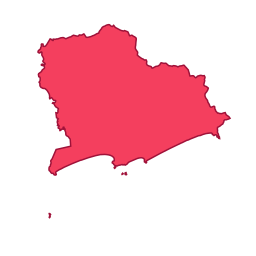 the district of Phu My, Bình Định, Vietnam, rotated 98°
{"feature_id": "81297802B75835306112543", "entity_name": "Phu My", "entity_type": "district", "adm_level": 2, "iso_a3": "VNM", "parent_name": "Vietnam", "parent_adm1": "Bình Định", "projection": "albers", "projection_center": [109.108, 14.245], "detail": "fine", "context": "isolated", "style": "filled", "palette": "rose", "viewbox_px": 256, "rotation_deg": 98, "n_neighbors": 0, "source": "geoboundaries", "source_scale": "gbopen_adm2", "svg_char_len": 5784}
<svg xmlns="http://www.w3.org/2000/svg" viewBox="0 0 256 256"><g transform="rotate(98 128 128)"><path d="M32.0,145.1L32.5,145.6L32.6,145.9L32.4,148.2L32.1,149.3L30.2,154.5L29.9,154.9L28.4,156.4L28.3,156.6L29.4,157.3L29.7,157.8L29.4,159.1L28.5,160.4L28.3,160.8L28.3,161.4L28.8,162.9L29.3,163.9L30.3,165.1L30.8,166.2L31.6,167.2L32.2,167.7L33.2,168.0L36.4,169.9L38.1,170.2L38.9,171.9L40.8,174.3L41.6,175.9L42.5,177.2L43.3,179.1L43.8,180.4L44.0,181.4L43.9,182.1L41.0,184.7L41.0,184.9L42.5,186.9L42.6,189.2L43.5,189.7L44.0,190.4L44.1,191.3L43.7,194.9L44.4,195.9L45.7,197.3L46.1,198.5L48.1,201.7L48.2,202.4L47.5,204.3L47.5,205.0L48.0,207.0L49.6,210.1L49.7,211.0L50.3,212.4L50.4,214.4L50.7,214.4L51.4,214.2L51.7,214.3L51.7,214.5L51.8,214.9L50.8,216.5L50.6,217.5L56.5,220.0L58.4,221.1L58.9,222.4L58.9,223.3L56.8,223.8L56.7,225.0L57.1,225.4L57.7,225.5L59.1,225.1L60.3,225.6L61.9,225.7L63.6,227.3L64.4,227.7L65.4,227.7L65.7,227.4L66.0,226.7L66.1,226.2L65.9,225.8L64.8,224.6L64.8,224.1L65.0,223.9L65.6,223.7L67.1,223.6L67.9,223.4L70.1,221.7L71.4,221.1L72.2,221.1L73.3,221.6L74.1,221.5L75.3,219.6L75.8,219.1L76.0,219.1L76.5,219.1L76.9,219.4L76.6,221.8L77.2,222.6L77.7,222.6L78.0,222.2L78.1,220.6L78.4,219.6L79.3,219.2L80.2,219.1L80.7,219.3L82.3,220.9L83.9,221.5L84.4,221.8L86.6,224.0L87.4,224.2L89.6,223.5L89.9,222.4L90.8,221.9L93.2,221.6L93.8,221.8L94.9,222.4L95.3,222.3L95.9,221.5L96.2,221.4L97.9,221.2L98.7,220.9L99.8,219.9L100.5,218.1L100.6,217.4L100.5,216.0L100.6,215.5L101.8,213.7L102.7,212.8L104.8,211.1L105.7,210.6L107.5,210.0L109.2,209.9L110.0,209.5L110.0,209.4L109.1,208.8L108.6,207.9L108.8,207.6L110.8,205.6L110.9,205.0L110.8,204.3L110.9,203.5L111.2,203.4L112.1,203.4L112.8,203.7L113.2,204.3L113.2,205.8L113.5,206.0L114.0,206.2L114.4,204.6L116.1,203.5L117.3,202.2L117.9,200.7L118.2,200.3L118.4,199.7L119.0,199.6L119.9,199.9L121.8,199.6L123.0,199.9L122.9,201.5L127.8,200.2L128.3,198.8L128.7,198.3L129.7,199.0L130.3,198.9L131.2,198.4L131.8,199.0L133.7,198.2L134.1,197.8L134.9,198.2L135.4,198.2L135.5,198.0L135.2,197.1L135.5,196.5L136.2,196.6L137.6,197.2L137.8,197.0L138.4,195.5L139.0,195.2L140.0,195.1L140.0,194.9L139.6,194.2L138.7,193.9L138.5,193.7L138.2,192.4L136.3,192.3L136.1,191.8L136.1,191.6L136.5,191.4L138.0,191.2L137.7,190.6L137.9,190.1L139.1,190.2L140.7,189.2L143.2,188.6L143.7,188.3L144.2,187.7L144.9,185.9L146.1,184.8L146.9,183.9L147.5,183.6L154.0,182.2L159.3,196.2L169.0,198.8L171.1,199.9L171.6,199.9L172.8,199.4L173.8,199.3L175.5,199.7L176.2,199.6L176.7,199.7L177.4,200.4L177.8,200.6L179.0,200.6L180.6,200.4L181.2,200.0L181.8,199.0L182.7,198.3L183.3,197.6L183.5,197.0L183.3,195.9L184.7,194.5L184.7,193.4L184.6,193.0L184.2,192.6L183.7,192.6L183.0,193.2L182.3,193.4L181.8,193.4L181.0,192.8L178.8,190.2L177.9,188.7L175.8,185.9L171.1,178.4L166.7,170.8L166.2,169.5L163.0,163.3L159.9,156.3L158.2,151.7L157.4,147.3L157.3,145.4L157.3,143.7L157.5,141.7L158.1,139.8L159.1,138.2L159.9,137.6L160.6,137.3L162.3,137.1L162.6,137.3L162.7,137.7L163.0,138.3L163.6,138.7L164.7,138.8L165.3,137.6L166.2,136.9L167.0,135.7L167.2,135.3L167.0,134.7L167.2,134.3L167.1,133.4L166.4,132.4L165.6,130.1L165.1,129.1L165.0,128.5L165.3,128.0L165.3,127.7L164.7,126.7L164.7,126.3L165.2,125.7L164.6,124.8L163.6,123.7L162.0,122.8L161.0,121.4L156.9,114.6L156.2,113.0L155.6,110.9L155.6,109.6L156.0,108.2L157.1,107.2L157.5,107.2L157.7,107.3L158.4,107.1L159.2,107.1L159.4,106.8L159.4,106.3L160.0,105.7L160.1,105.2L159.6,104.8L159.4,104.8L158.5,105.3L157.5,104.6L148.6,92.5L142.3,83.5L135.5,73.3L135.2,72.7L132.0,68.0L131.5,66.7L130.0,64.4L125.8,57.0L125.4,55.4L123.9,52.8L122.7,50.1L121.7,46.7L121.6,45.8L121.3,45.2L121.7,43.9L122.0,43.6L122.6,43.6L122.8,43.2L123.0,42.4L123.5,41.9L123.4,41.6L123.0,41.4L122.9,41.1L122.5,40.4L122.6,39.5L123.4,38.7L124.3,38.8L124.6,38.2L124.5,37.8L124.8,37.3L125.6,36.8L125.7,35.8L124.0,36.3L123.0,37.2L121.6,37.6L119.7,38.9L118.2,38.9L116.3,39.4L114.9,39.4L113.4,37.3L111.5,35.6L111.0,34.8L108.6,34.0L107.3,34.0L106.5,33.4L106.4,33.2L106.2,31.7L105.6,30.8L105.2,29.7L104.2,28.3L102.9,29.5L102.5,30.1L101.3,32.6L99.2,33.9L99.9,35.7L100.7,37.1L100.9,39.3L100.6,40.5L100.7,41.4L98.8,43.6L98.1,43.8L96.8,44.7L94.9,45.1L94.5,45.7L94.6,46.3L95.7,48.2L95.8,49.0L95.2,49.8L92.8,51.2L91.3,52.5L89.9,53.0L89.3,53.4L87.6,55.1L85.9,56.1L84.9,56.4L83.5,56.4L82.9,56.2L81.1,55.1L79.4,54.4L77.5,54.0L77.2,54.1L76.8,55.0L76.1,55.9L75.7,57.8L75.4,58.4L74.8,58.9L74.3,59.0L70.5,58.6L69.2,59.1L67.8,58.8L66.9,58.8L65.5,59.8L65.9,61.1L65.7,62.3L65.8,63.8L67.0,66.4L68.3,67.3L68.8,68.0L68.3,69.0L67.4,70.0L67.2,70.5L67.2,71.2L67.8,73.5L67.8,74.0L65.0,75.1L63.1,76.0L62.2,76.3L59.8,79.1L59.2,80.0L58.2,80.9L58.1,81.4L58.1,81.9L58.9,83.4L59.4,85.4L60.4,86.9L60.5,87.2L60.1,88.3L59.9,89.4L59.9,91.5L60.0,92.0L60.8,92.8L60.6,93.6L60.6,96.4L58.7,99.2L58.6,99.6L59.0,101.5L58.8,104.1L59.2,104.7L61.0,105.3L62.0,106.4L62.6,107.2L63.1,109.0L65.0,111.6L65.3,112.2L65.3,112.6L64.1,113.5L63.9,113.9L63.6,116.1L63.1,117.6L62.5,118.2L61.7,118.6L59.3,118.7L58.0,119.6L58.4,121.0L58.2,121.6L57.7,122.4L57.3,124.0L55.6,127.3L54.5,128.9L52.0,128.9L51.4,129.1L49.0,131.3L48.1,131.8L46.5,132.0L45.2,131.9L42.5,132.1L38.8,132.2L37.8,132.5L36.7,134.2L36.6,135.0L35.6,136.9L35.7,137.7L36.4,138.9L36.4,139.2L36.3,139.4L33.0,141.3L32.6,142.3L32.0,145.1ZM174.6,123.5L174.4,123.0L174.0,122.9L173.5,123.8L172.7,123.6L172.4,123.8L172.9,124.6L173.4,124.6L173.8,124.4L174.4,124.3L174.6,123.5ZM169.0,134.9L168.7,134.8L168.5,135.0L168.2,134.9L168.0,135.2L168.5,135.9L169.1,136.2L169.7,135.8L169.8,135.6L169.4,135.4L169.0,134.9ZM223.7,194.1L225.2,193.5L225.3,193.3L225.2,193.0L224.5,192.6L224.1,192.9L223.6,193.7L223.7,194.1ZM174.8,127.4L174.0,126.4L173.5,127.0L174.5,127.6L174.8,127.4ZM227.7,193.2L227.0,192.8L226.6,192.8L226.7,193.4L227.1,193.3L227.5,193.5L227.7,193.2Z" fill="#f43f5e" stroke="#9f1239" stroke-width="1.5"/></g></svg>